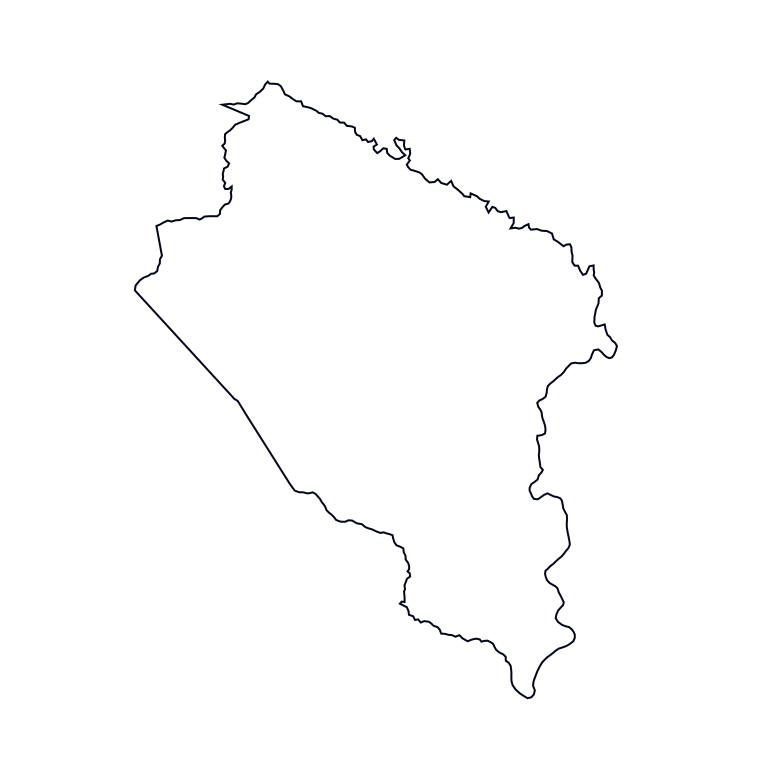 the district of Centenário, Tocantins, Brazil, rotated 291°
{"feature_id": "56859067B98200216109672", "entity_name": "Centenário", "entity_type": "district", "adm_level": 2, "iso_a3": "BRA", "parent_name": "Brazil", "parent_adm1": "Tocantins", "projection": "mercator", "projection_center": [-47.444, -9.076], "detail": "fine", "context": "isolated", "style": "outline", "palette": "ink", "viewbox_px": 768, "rotation_deg": 291, "n_neighbors": 0, "source": "geoboundaries", "source_scale": "gbopen_adm2", "svg_char_len": 5878}
<svg xmlns="http://www.w3.org/2000/svg" viewBox="0 0 768 768"><g transform="rotate(291 384 384)"><path d="M180.9,488.2L177.5,490.0L177.6,494.5L174.8,497.5L176.5,500.2L174.5,503.8L177.0,506.5L178.1,510.8L177.5,513.6L176.1,516.8L176.2,521.3L174.5,524.2L171.5,526.8L172.6,530.6L173.0,534.3L173.9,537.3L173.7,541.4L176.5,544.3L174.7,548.5L173.8,554.2L177.2,558.0L179.3,561.4L179.9,564.8L178.4,567.3L180.2,569.8L181.5,572.7L181.2,575.9L180.5,579.0L177.8,581.8L176.0,584.0L174.7,587.9L174.3,592.3L172.9,595.4L169.3,596.9L168.4,600.4L166.3,603.2L163.1,605.0L159.9,606.5L156.1,607.9L152.3,609.5L148.9,612.0L146.0,616.2L144.9,618.9L143.6,622.5L142.8,626.6L142.1,630.6L144.3,633.8L148.0,635.2L152.0,634.6L155.9,631.2L160.1,630.2L163.2,630.1L166.4,630.1L171.3,630.1L176.1,630.6L180.6,631.4L183.7,632.6L187.0,634.1L190.6,636.4L193.7,638.3L196.4,639.7L199.6,642.0L202.5,645.6L204.9,648.3L207.6,650.4L211.6,652.9L215.2,653.1L218.3,652.0L220.5,649.9L222.3,647.1L223.4,643.6L222.9,640.6L222.9,636.7L224.2,631.8L226.9,628.2L230.8,627.5L235.1,627.8L239.1,629.3L241.8,630.4L244.6,630.1L247.0,627.6L249.3,625.1L252.0,621.9L255.5,619.1L256.6,616.4L257.0,613.4L257.6,609.8L259.3,606.5L262.0,604.0L264.7,602.3L267.5,601.7L270.1,603.1L273.4,604.4L276.3,606.3L280.0,608.0L283.6,609.8L286.4,611.5L289.7,612.7L293.0,613.6L296.9,615.0L300.4,615.1L302.8,614.0L305.2,612.5L308.3,610.6L311.0,608.8L313.4,607.4L316.2,605.8L319.3,604.6L323.5,603.3L327.1,601.7L329.6,598.7L332.2,595.9L335.5,594.0L338.9,591.9L340.5,589.4L340.5,586.0L339.9,583.0L340.1,580.1L340.5,575.9L337.9,573.2L335.1,571.4L331.5,568.9L330.5,565.1L332.2,562.5L334.5,560.4L336.7,558.1L339.3,557.2L343.3,557.4L346.4,559.6L349.8,561.6L354.3,561.3L357.8,562.7L360.7,563.1L362.6,559.7L366.4,557.7L369.8,555.7L372.9,554.1L377.1,553.0L381.5,551.1L384.3,548.9L386.9,546.8L390.6,545.7L392.7,549.4L395.4,552.0L398.9,551.3L401.9,549.8L404.2,548.2L406.4,546.4L408.6,544.4L410.9,542.9L414.0,541.3L416.2,539.0L417.9,536.3L421.3,533.8L424.2,534.9L426.7,537.3L429.9,539.4L434.3,539.0L437.3,538.1L440.6,537.7L443.9,539.0L446.9,540.9L449.7,542.3L452.7,543.8L455.7,545.9L459.9,547.7L463.7,548.5L466.7,549.8L470.2,551.3L472.2,554.4L473.1,558.0L474.4,561.6L476.2,564.8L479.1,567.0L482.3,567.8L486.0,567.6L490.7,567.9L493.1,571.8L491.8,575.6L490.0,579.0L488.9,582.4L488.9,585.2L490.6,587.3L493.6,588.2L498.2,588.4L502.9,587.9L505.2,585.0L506.4,581.2L508.8,578.2L509.9,575.0L514.2,571.4L518.7,568.7L514.6,563.4L514.2,560.7L516.7,558.3L522.1,556.5L529.5,555.2L536.0,555.4L541.1,553.8L544.5,555.7L549.1,554.1L551.6,551.3L555.3,548.5L558.8,543.0L560.6,540.8L563.4,540.3L565.8,538.8L569.8,537.2L567.5,533.6L559.5,533.2L557.2,530.7L560.0,526.6L564.0,522.8L562.8,519.4L565.4,516.0L571.2,514.1L574.4,511.9L578.7,510.0L581.1,507.5L579.5,504.3L577.0,502.3L579.1,495.1L579.9,490.6L584.7,486.9L585.2,481.4L583.6,476.2L583.5,471.3L580.7,465.8L582.2,463.2L585.0,461.6L582.0,458.7L579.1,456.8L577.4,454.3L577.0,450.7L574.6,446.4L580.7,447.4L585.9,445.5L583.9,441.7L589.3,436.3L586.3,431.6L586.1,428.2L588.3,424.7L588.2,421.7L581.6,420.2L585.9,415.5L591.9,416.4L590.7,412.0L591.2,406.9L592.6,403.6L593.0,396.6L589.3,397.5L588.1,391.6L589.7,388.9L592.0,382.9L593.4,378.1L597.7,373.9L592.6,371.3L592.2,365.3L594.5,360.9L590.7,358.8L588.5,354.2L590.4,348.7L593.5,344.1L594.2,341.3L593.9,335.0L593.5,332.3L595.0,329.0L596.9,326.7L602.0,328.0L603.5,325.7L608.2,326.0L612.8,323.7L610.6,319.9L613.7,317.2L618.6,315.7L617.3,310.3L618.2,307.1L615.4,306.1L611.3,310.1L609.4,314.1L606.8,317.8L605.2,321.9L599.6,317.5L598.1,313.7L599.3,307.4L601.0,304.1L604.5,302.3L603.8,298.9L599.8,296.9L597.1,294.9L599.4,290.4L601.9,289.2L605.0,291.6L609.3,286.6L606.4,285.6L604.2,282.4L605.9,279.5L603.9,276.5L606.9,272.8L606.9,269.3L608.8,266.8L612.8,264.9L612.9,261.6L611.7,256.8L613.7,253.1L612.3,249.1L614.0,245.8L613.6,241.4L614.7,237.3L613.1,233.6L614.3,229.5L613.7,225.9L614.8,223.2L615.1,220.3L615.4,217.0L615.1,213.7L614.3,208.8L618.2,205.3L616.5,200.9L617.3,197.1L618.6,192.6L618.9,187.7L622.0,184.6L625.1,180.9L625.9,177.4L624.9,173.8L623.4,169.6L624.6,167.1L621.0,165.7L616.5,165.4L612.3,163.4L608.6,160.8L605.1,160.4L601.7,158.4L597.4,156.3L595.4,154.0L594.7,150.8L593.5,146.5L591.0,143.5L590.4,139.9L588.4,136.0L586.8,133.0L585.9,161.9L582.6,162.7L579.5,159.3L575.9,155.4L572.7,152.1L568.9,150.9L565.7,149.4L563.2,147.7L560.3,146.1L557.0,147.1L554.2,148.5L551.3,149.1L548.5,147.6L547.0,149.9L545.4,152.8L542.1,153.3L538.0,153.9L535.9,156.8L534.4,160.4L530.8,160.1L527.9,157.4L525.0,157.9L522.2,158.2L519.9,159.5L517.0,160.2L514.9,163.7L511.2,163.7L509.2,165.8L510.5,169.1L513.8,171.0L511.0,172.1L507.7,172.4L505.2,173.9L502.5,174.8L499.4,174.8L496.7,174.1L494.5,171.1L490.6,169.6L487.4,168.8L484.0,169.9L480.8,168.2L479.3,164.0L477.6,159.8L475.9,156.3L473.5,154.8L471.4,152.9L471.6,149.4L470.4,146.1L468.9,142.1L467.2,137.9L463.9,134.7L462.1,130.7L459.5,127.4L459.1,123.5L455.9,120.4L452.5,117.7L450.0,114.9L424.2,130.7L420.1,130.1L416.2,131.5L412.4,131.0L408.2,131.8L404.9,129.9L403.5,127.1L400.6,125.3L397.2,121.5L393.4,119.0L387.0,116.8L382.1,117.9L316.4,249.8L315.8,253.4L314.1,255.7L305.0,267.6L260.2,327.6L257.0,331.9L252.5,338.8L252.5,343.3L254.0,347.8L254.3,351.3L255.5,353.8L257.3,356.3L256.8,359.6L255.2,362.7L253.7,365.5L251.3,368.4L249.5,371.6L247.7,373.7L245.5,375.7L244.0,379.3L243.1,382.3L241.9,384.8L239.9,388.1L239.9,392.8L241.5,397.2L244.0,399.6L245.1,403.2L244.2,408.6L245.2,413.5L243.7,418.0L243.7,421.1L244.0,425.1L243.6,429.8L243.7,434.1L245.4,436.9L245.4,440.0L245.8,442.8L245.9,446.1L243.0,448.0L240.0,450.3L237.9,453.4L237.9,457.1L237.5,460.9L234.1,462.7L231.1,465.8L227.8,467.2L225.7,470.6L222.7,472.9L220.0,473.8L217.4,473.1L216.6,475.8L213.6,477.4L210.6,475.3L206.7,475.3L203.3,475.3L200.1,477.1L197.4,477.1L194.4,478.6L191.0,480.2L187.8,481.3L187.2,478.5L184.6,477.6L184.3,480.8L183.8,485.3L180.9,488.2Z" fill="none" stroke="#020617" stroke-width="2"/></g></svg>